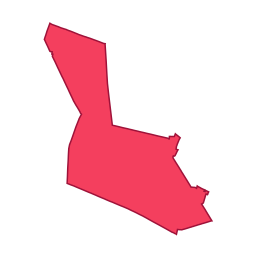 the district of Nezahualcóyotl, México, Mexico, rotated 357°
{"feature_id": "50627088B38047784170675", "entity_name": "Nezahualcóyotl", "entity_type": "district", "adm_level": 2, "iso_a3": "MEX", "parent_name": "Mexico", "parent_adm1": "México", "projection": "orthographic", "projection_center": [-99.019, 19.432], "detail": "fine", "context": "isolated", "style": "filled", "palette": "rose", "viewbox_px": 256, "rotation_deg": 357, "n_neighbors": 0, "source": "geoboundaries", "source_scale": "gbopen_adm2", "svg_char_len": 4364}
<svg xmlns="http://www.w3.org/2000/svg" viewBox="0 0 256 256"><g transform="rotate(357 128 128)"><path d="M75.5,99.0L77.2,102.4L78.6,104.9L80.1,107.8L80.9,109.4L81.3,110.6L82.3,111.8L79.6,116.3L79.3,117.1L76.0,124.3L73.2,131.2L72.8,132.2L70.7,137.3L68.8,141.5L67.9,145.0L67.8,145.3L67.3,149.7L67.0,152.6L66.6,157.0L65.7,165.2L64.9,174.2L64.3,180.1L68.2,181.9L69.2,182.3L70.8,183.0L72.4,183.8L76.1,185.6L78.6,186.8L80.3,187.6L82.5,188.7L85.4,190.1L87.6,191.1L89.8,192.2L92.1,193.3L94.0,194.3L97.7,196.1L100.7,197.5L102.4,198.4L106.5,200.4L108.6,201.3L111.0,202.5L114.7,204.3L117.0,205.4L119.0,206.3L122.7,208.1L123.9,208.7L125.8,209.8L127.6,210.8L128.8,211.4L130.8,212.5L132.4,213.4L134.8,214.8L138.4,216.8L139.5,217.5L141.8,218.9L144.1,220.4L147.6,222.6L150.7,224.5L154.0,226.5L156.9,228.3L160.3,230.4L163.0,232.1L166.6,234.4L166.7,234.5L167.5,234.7L167.7,234.8L168.3,235.2L169.6,236.0L170.3,236.3L170.8,236.7L171.5,234.2L171.7,233.5L171.9,232.8L172.1,231.9L172.7,232.0L173.8,232.2L174.6,232.3L175.1,232.3L175.9,232.4L176.4,232.5L177.1,232.3L178.4,232.0L178.6,232.0L178.9,231.9L179.3,231.8L179.9,231.7L180.2,231.6L180.5,231.5L181.1,231.4L181.7,231.2L181.8,231.2L182.6,231.0L183.4,230.8L184.1,230.6L184.4,230.5L186.0,230.2L186.5,230.0L187.2,229.8L187.5,229.8L188.1,229.6L188.3,229.6L188.5,229.6L188.9,229.4L189.7,229.2L191.1,228.9L191.3,228.8L191.5,228.8L192.1,228.6L192.8,228.4L193.4,228.3L193.7,228.2L194.0,228.2L194.8,227.9L195.2,227.9L195.5,227.8L196.1,227.6L196.4,227.6L196.5,227.5L196.9,227.4L197.4,227.3L198.0,227.2L198.3,227.1L198.5,227.1L199.2,226.9L199.5,226.8L200.0,226.7L200.5,226.6L200.8,226.5L201.4,226.4L202.3,226.1L202.5,226.1L203.3,225.9L204.8,225.5L205.1,225.4L206.1,225.2L206.5,225.1L206.9,225.1L206.5,224.3L206.3,224.0L205.5,222.5L204.0,219.7L203.7,219.1L203.1,218.1L202.3,216.5L201.6,215.3L201.1,214.2L200.7,213.5L197.5,207.8L198.2,207.5L198.6,207.2L199.3,206.8L201.8,199.8L201.7,199.8L202.0,199.1L202.2,198.5L202.5,198.0L203.9,198.7L204.2,198.2L204.2,197.9L205.2,196.0L202.4,194.5L202.3,194.4L201.7,195.5L200.8,195.2L200.6,195.1L200.8,194.8L201.2,193.7L199.9,193.1L197.9,192.0L196.7,191.2L195.6,190.6L194.8,190.1L194.1,189.5L193.3,191.8L192.7,191.4L192.0,190.9L191.3,190.8L191.0,190.7L190.6,190.7L189.2,190.5L188.6,190.4L188.1,190.4L187.9,190.4L187.1,188.9L186.8,188.3L186.4,187.6L184.6,184.3L182.8,181.0L181.6,178.8L181.4,178.5L180.3,176.4L179.5,175.1L178.4,172.9L177.8,171.9L176.7,169.8L176.0,168.6L175.4,167.5L175.0,166.8L174.2,165.4L173.7,164.5L173.4,163.9L173.2,163.6L173.0,163.2L172.8,162.8L172.6,162.5L172.0,161.4L171.8,161.1L171.6,160.6L171.5,160.3L171.4,159.9L171.4,159.4L171.5,159.1L171.5,158.8L171.6,158.5L171.7,158.3L171.8,158.2L172.7,158.5L173.2,158.3L173.5,158.1L174.6,156.2L175.0,155.5L175.2,155.1L175.6,154.3L175.8,153.9L176.1,153.5L176.4,153.0L176.8,152.4L174.9,151.7L175.2,150.1L175.5,148.7L175.9,148.0L176.2,147.1L176.5,146.4L176.8,145.8L177.5,144.3L177.9,143.5L178.2,142.8L179.0,141.4L179.2,141.2L179.3,141.0L179.6,140.5L177.9,138.9L175.5,136.8L175.0,136.3L174.9,136.6L174.6,137.2L174.4,137.5L174.1,138.4L173.8,138.9L171.3,138.8L169.7,138.6L168.9,138.6L168.9,139.4L168.6,141.0L168.0,140.9L168.0,140.5L164.8,139.6L161.7,138.7L160.2,138.3L157.0,137.4L153.7,136.4L150.4,135.4L147.5,134.6L146.1,134.2L143.1,133.3L140.2,132.5L137.3,131.6L134.4,130.8L131.5,129.9L130.0,129.5L127.1,128.6L125.6,128.2L122.7,127.4L119.8,126.5L115.4,125.2L112.5,124.4L112.1,118.4L111.7,112.4L111.1,103.4L110.4,92.9L109.8,82.5L109.7,71.8L109.7,61.5L109.5,42.9L109.6,42.6L108.5,42.4L107.9,42.2L107.0,41.8L105.0,40.9L104.2,40.5L101.2,39.2L98.1,37.9L97.0,37.4L96.0,37.0L94.4,36.3L93.0,35.8L92.0,35.4L91.7,35.3L91.1,35.0L90.7,34.8L89.9,34.6L87.4,33.6L85.8,32.9L83.7,32.1L83.0,31.7L82.4,31.4L81.1,30.8L80.2,30.4L79.6,30.1L78.1,29.4L77.0,28.9L75.7,28.3L75.0,28.0L74.4,27.8L73.5,27.4L72.4,26.9L71.3,26.3L70.0,25.9L69.0,25.5L68.5,25.3L68.0,25.1L67.4,24.9L66.4,24.5L65.1,23.9L63.7,23.2L62.9,22.9L61.0,22.1L60.1,21.7L59.9,21.6L59.3,21.4L58.8,21.2L58.3,20.9L57.6,20.7L55.5,19.3L53.5,24.0L52.2,27.0L50.7,31.1L49.9,33.0L49.1,35.2L49.3,35.5L51.0,39.8L51.9,41.9L53.9,47.1L54.2,47.4L54.4,47.6L56.3,48.0L55.8,50.2L56.8,50.4L56.2,52.4L57.6,55.7L58.6,58.0L59.2,59.5L60.1,61.7L60.8,63.5L62.3,67.1L64.6,72.7L65.8,75.3L66.7,77.6L68.7,82.5L70.5,86.8L71.3,88.9L72.9,92.8L74.2,95.9L75.1,98.3L75.5,98.9L75.5,99.0Z" fill="#f43f5e" stroke="#9f1239" stroke-width="1.5"/></g></svg>